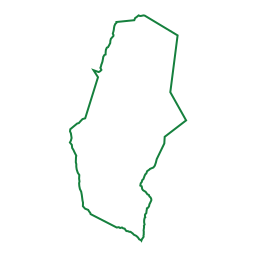 the district of Sina Sina Yonggomugl District, Chimbu, Papua New Guinea
{"feature_id": "67681753B55512371565991", "entity_name": "Sina Sina Yonggomugl District", "entity_type": "district", "adm_level": 2, "iso_a3": "PNG", "parent_name": "Papua New Guinea", "parent_adm1": "Chimbu", "projection": "equal_earth", "projection_center": [145.006, -6.094], "detail": "fine", "context": "isolated", "style": "outline", "palette": "green", "viewbox_px": 256, "rotation_deg": 0, "n_neighbors": 0, "source": "geoboundaries", "source_scale": "gbopen_adm2", "svg_char_len": 2000}
<svg xmlns="http://www.w3.org/2000/svg" viewBox="0 0 256 256"><path d="M177.6,35.4L144.7,15.6L143.4,15.4L141.2,15.9L140.0,16.0L138.6,15.4L136.8,16.9L135.1,18.1L134.3,20.2L116.4,22.0L116.4,22.9L115.3,23.9L114.4,25.9L114.0,27.9L113.8,29.8L113.4,31.6L112.8,33.7L113.5,35.0L113.4,36.0L112.4,37.1L110.9,38.8L110.4,40.7L110.2,43.1L108.8,45.8L108.1,47.1L106.8,47.7L105.9,49.8L105.7,51.6L105.6,53.1L105.6,54.5L104.4,55.0L103.3,56.8L103.0,58.7L102.4,61.8L101.4,64.6L101.2,65.0L101.2,65.4L101.1,65.8L101.0,66.2L100.8,66.7L100.7,67.2L100.6,67.6L100.4,67.9L101.4,69.9L100.3,71.1L99.0,71.9L98.5,72.0L93.5,70.2L98.0,77.2L85.2,118.3L82.5,119.1L80.4,121.3L78.8,123.1L77.2,123.5L74.3,125.9L72.6,127.3L70.3,129.2L70.0,131.3L70.9,133.4L71.6,138.0L70.9,140.6L69.9,142.5L71.8,144.8L72.2,148.0L73.3,149.7L74.6,152.5L76.3,155.8L76.0,156.9L75.8,162.2L76.3,164.1L76.3,166.8L76.7,169.5L77.8,172.8L79.3,175.0L79.1,178.7L79.5,181.5L79.1,183.1L79.3,186.0L79.9,189.0L81.2,191.7L81.8,195.0L82.5,200.4L83.0,202.7L82.9,206.2L85.1,208.7L88.2,209.9L89.0,211.3L90.2,212.8L90.6,214.1L116.7,227.5L118.8,227.2L120.1,228.0L122.0,227.5L123.3,228.4L124.6,228.6L126.1,230.8L126.8,231.1L127.8,231.1L129.3,231.8L130.5,231.8L132.9,233.6L133.7,234.6L136.3,235.9L138.0,237.5L139.2,239.3L141.2,240.3L141.4,240.6L141.9,239.3L143.6,236.8L143.5,235.4L143.8,234.2L143.7,233.6L143.8,231.8L143.6,230.7L143.8,229.0L144.1,227.0L143.9,225.9L144.6,224.5L144.3,223.3L144.1,222.1L144.2,219.8L144.6,218.0L145.3,217.3L144.9,216.1L145.1,214.4L146.3,213.1L146.6,210.4L146.8,209.9L146.9,208.3L148.1,207.7L149.1,206.1L149.4,204.3L149.8,203.6L151.3,200.4L151.3,199.1L150.6,197.5L149.4,196.4L148.9,195.0L147.4,194.3L145.6,191.8L144.1,190.9L143.0,190.2L142.2,189.0L141.7,186.3L140.3,185.6L140.7,183.3L141.8,181.9L142.2,180.2L143.4,179.1L144.6,175.8L145.3,174.3L146.3,173.5L147.1,171.2L149.5,169.5L150.0,168.9L153.4,167.5L154.8,165.7L155.9,162.5L156.7,159.2L164.3,143.5L164.7,136.8L186.1,120.4L170.3,92.2L177.6,35.4Z" fill="none" stroke="#15803d" stroke-width="2"/></svg>